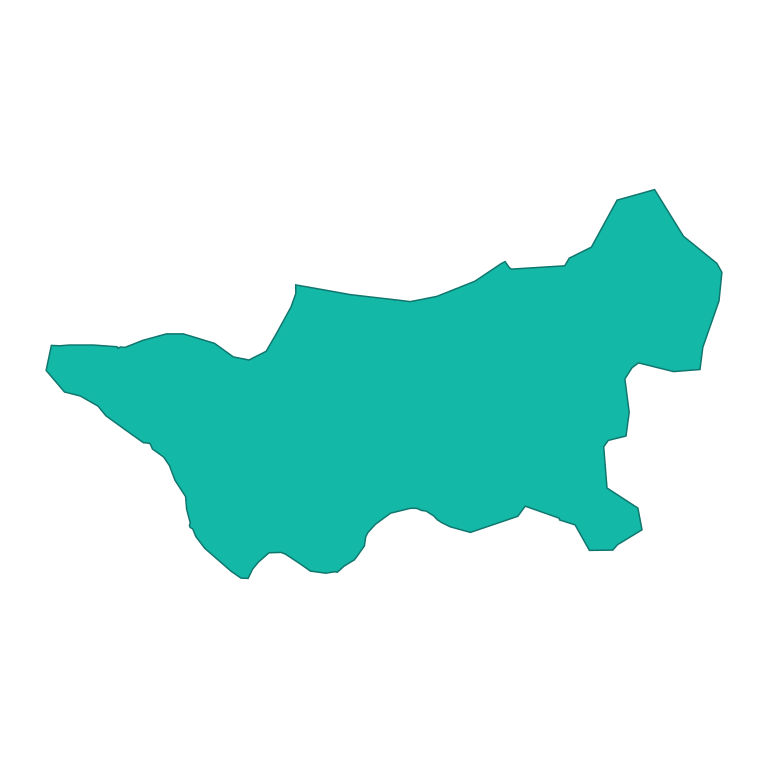 outline of Wushishi, Niger, Nigeria
{"feature_id": "59680162B62313947241233", "entity_name": "Wushishi", "entity_type": "district", "adm_level": 2, "iso_a3": "NGA", "parent_name": "Nigeria", "parent_adm1": "Niger", "projection": "mercator", "projection_center": [5.918, 9.688], "detail": "fine", "context": "isolated", "style": "filled", "palette": "teal", "viewbox_px": 768, "rotation_deg": 0, "n_neighbors": 0, "source": "geoboundaries", "source_scale": "gbopen_adm2", "svg_char_len": 1480}
<svg xmlns="http://www.w3.org/2000/svg" viewBox="0 0 768 768"><path d="M354.4,559.8L357.5,555.7L364.4,545.9L365.7,536.9L367.8,532.7L375.4,524.3L390.5,513.2L410.4,508.3L416.6,508.3L421.4,510.4L426.2,511.1L433.8,516.0L437.4,519.8L441.5,522.5L450.2,526.8L470.4,532.4L517.8,516.3L525.2,506.2L559.3,518.2L559.5,519.9L575.1,524.9L589.4,550.4L612.8,550.1L617.5,544.7L642.0,529.8L637.9,508.1L607.0,488.0L603.7,446.8L608.3,440.4L626.0,436.0L629.2,412.3L624.9,378.9L632.0,367.8L638.4,362.9L673.6,371.6L700.0,369.5L702.8,347.4L719.0,301.0L721.9,272.4L716.9,263.4L683.5,236.3L654.6,189.6L617.1,200.1L591.4,247.1L569.3,258.1L564.7,265.8L511.6,269.1L510.1,268.3L509.3,267.6L505.1,261.6L501.2,263.6L474.9,281.2L436.8,296.4L410.3,301.6L350.2,294.6L295.7,284.9L295.8,293.5L291.0,307.0L276.7,333.1L266.1,351.3L248.9,360.0L233.3,356.9L214.6,343.4L183.4,333.9L166.3,333.9L142.9,340.3L125.0,347.4L120.4,347.0L118.1,348.4L117.9,347.6L117.6,347.1L116.5,346.7L93.0,345.0L69.6,345.0L59.5,345.8L51.4,345.4L46.1,370.4L64.5,392.0L80.3,396.0L98.0,406.1L105.9,415.8L126.1,430.4L143.4,442.7L146.4,442.9L149.6,443.4L150.6,444.7L152.4,449.0L163.7,457.1L169.5,465.7L175.0,480.3L185.6,496.6L186.6,509.1L190.3,523.0L189.4,525.4L190.2,527.5L192.7,528.8L195.8,536.5L204.7,548.3L231.4,571.5L241.0,578.1L248.1,578.4L252.6,569.1L258.4,562.1L269.0,552.8L281.0,552.4L285.4,554.1L301.1,564.5L310.4,571.1L325.8,573.2L334.3,571.8L337.3,572.2L344.4,565.9L354.4,559.8Z" fill="#14b8a6" stroke="#0f766e" stroke-width="1.5"/></svg>